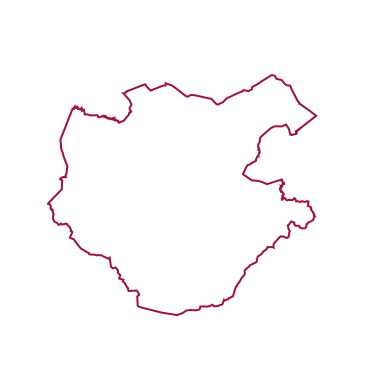 Jaunpiebalgas pag., Jaunpiebalgas, Latvia (Albers equal-area conic projection), rotated 163°
{"feature_id": "27541924B32667886531157", "entity_name": "Jaunpiebalgas pag.", "entity_type": "district", "adm_level": 2, "iso_a3": "LVA", "parent_name": "Latvia", "parent_adm1": "Jaunpiebalgas", "projection": "albers", "projection_center": [26.006, 57.148], "detail": "fine", "context": "isolated", "style": "outline", "palette": "rose", "viewbox_px": 384, "rotation_deg": 163, "n_neighbors": 0, "source": "geoboundaries", "source_scale": "gbopen_adm2", "svg_char_len": 5998}
<svg xmlns="http://www.w3.org/2000/svg" viewBox="0 0 384 384"><g transform="rotate(163 192 192)"><path d="M192.9,78.7L191.9,78.6L190.0,79.0L188.7,78.8L187.8,79.7L186.5,79.6L184.8,80.3L183.4,80.2L177.6,88.7L177.0,88.7L174.0,91.7L173.5,91.6L169.5,95.4L167.1,96.9L166.0,97.3L165.1,99.3L164.8,101.2L163.8,102.1L159.3,104.0L158.0,105.0L150.8,106.1L148.1,111.0L143.3,112.5L141.0,114.4L140.0,114.5L136.8,115.9L135.9,117.3L131.2,115.7L130.2,115.0L130.2,115.9L129.0,118.6L120.3,123.7L119.1,122.9L117.8,122.9L114.8,120.3L113.0,120.7L111.6,122.9L110.7,125.2L110.0,125.5L110.0,126.9L110.6,128.8L110.2,129.8L110.2,131.8L109.6,132.3L109.0,132.3L106.5,134.3L105.3,134.7L104.9,134.1L103.2,133.0L103.1,132.5L103.6,131.9L103.6,131.5L103.0,129.6L101.4,128.9L99.8,128.6L99.2,127.9L99.4,126.5L96.7,124.7L94.6,124.3L93.1,125.0L91.9,127.7L91.1,127.8L90.1,128.7L84.6,129.6L82.3,132.4L81.6,132.8L82.4,133.6L82.3,134.1L81.7,134.9L82.1,135.9L82.1,136.6L82.3,136.8L82.1,137.7L83.0,139.1L83.1,140.3L83.4,140.9L83.2,141.3L82.6,141.6L82.6,141.9L82.8,142.1L83.0,143.1L85.3,144.8L85.1,145.4L84.3,146.2L84.2,147.5L83.4,148.5L83.4,148.9L85.0,149.7L86.7,149.4L89.7,151.1L91.3,150.7L93.5,152.3L95.1,152.5L95.4,154.4L95.1,154.7L95.1,155.4L95.8,156.1L96.5,156.0L97.0,155.3L98.7,154.9L101.1,156.0L102.3,156.2L102.9,156.0L103.6,156.3L104.5,157.4L104.7,158.7L105.3,159.4L105.8,159.3L108.2,158.2L108.3,158.4L108.1,159.3L106.2,161.5L106.5,161.9L106.3,162.0L106.1,162.7L105.3,162.6L104.8,163.6L105.5,164.7L105.5,165.1L105.9,165.5L106.1,166.2L106.8,166.1L107.0,167.0L106.3,167.0L106.5,167.3L106.7,168.6L107.0,169.0L106.8,169.7L106.6,169.6L106.5,169.9L106.1,170.0L105.8,170.6L105.3,170.1L104.8,170.8L105.0,171.6L104.3,171.1L104.0,171.2L103.8,171.6L103.8,172.6L103.1,173.1L102.6,172.9L102.6,173.3L102.3,173.4L101.6,173.0L101.5,174.0L102.1,174.3L102.2,175.0L102.5,175.2L102.3,175.7L102.6,176.3L102.4,176.4L102.3,177.0L102.9,177.1L102.8,177.7L118.0,177.6L122.1,181.1L125.5,183.3L131.4,185.7L138.1,194.1L133.8,198.9L131.1,201.4L128.5,201.5L126.7,202.2L121.6,203.2L121.1,204.7L118.7,207.2L118.2,206.8L118.2,207.3L117.6,207.7L116.4,209.6L116.2,209.5L115.4,210.4L115.5,212.3L116.3,213.0L115.8,213.7L115.1,214.1L115.1,214.7L115.7,216.1L114.6,217.9L114.7,218.2L113.2,219.4L110.5,224.4L98.6,229.8L97.3,230.2L93.6,230.6L87.1,228.5L82.4,229.1L81.2,225.4L80.9,223.7L81.2,218.3L80.6,218.3L80.5,217.7L80.1,217.4L78.8,217.2L77.8,217.5L77.2,217.2L75.4,217.0L75.0,217.2L75.0,217.6L74.7,217.9L75.0,218.1L75.0,218.4L74.8,218.5L74.8,218.9L74.6,218.7L74.1,219.6L73.9,219.5L73.4,220.1L72.8,220.1L72.9,220.4L72.7,220.6L72.1,220.6L72.2,220.3L72.0,220.2L71.2,220.7L70.7,220.7L70.3,221.3L69.9,221.2L51.0,228.6L53.4,232.1L60.2,241.1L62.9,244.5L63.5,244.8L63.4,245.5L63.5,246.9L64.2,247.5L66.5,260.0L67.1,265.1L70.4,266.4L72.0,269.1L73.6,272.9L78.1,275.5L78.1,276.4L78.5,276.7L78.6,278.6L79.7,279.6L81.7,280.5L92.4,277.7L95.1,276.7L99.8,275.5L103.8,274.8L104.5,272.9L105.3,272.6L108.7,272.0L112.8,274.4L113.9,273.7L116.0,273.4L118.4,273.3L129.2,271.7L130.8,271.8L136.2,268.8L141.6,268.1L142.7,268.6L144.5,271.8L146.1,275.3L162.0,284.2L165.1,285.1L166.4,284.9L167.8,284.3L169.8,285.4L178.6,298.0L180.2,299.8L183.6,302.4L184.7,302.9L185.4,303.7L186.1,301.5L188.4,302.2L202.0,301.1L204.7,306.5L205.3,308.7L206.2,308.7L225.4,307.3L225.4,306.9L225.7,306.6L226.7,306.7L227.8,305.9L228.7,306.3L224.8,297.8L224.3,293.3L227.2,290.4L227.5,288.8L226.5,287.0L227.7,285.9L228.6,286.3L230.1,284.3L236.2,280.2L241.6,279.6L242.0,280.0L241.8,280.7L241.8,281.7L243.4,282.3L243.5,282.9L244.0,283.9L244.5,283.8L244.3,283.2L244.8,283.0L245.0,283.1L245.0,283.6L245.7,283.9L245.9,284.1L245.8,285.4L245.3,285.7L247.0,285.8L246.9,285.1L247.3,284.9L248.4,285.9L249.2,285.8L249.3,286.0L249.1,286.4L249.2,286.7L249.9,286.3L250.7,286.8L250.9,287.7L251.6,287.4L251.8,287.6L251.7,287.9L252.1,288.7L252.6,288.7L252.5,289.4L253.3,289.4L252.7,290.0L252.8,290.3L253.4,290.3L253.5,289.9L254.2,290.0L254.4,290.3L254.3,290.7L255.3,291.0L257.5,290.2L259.8,291.1L260.1,293.2L266.3,294.7L269.7,297.0L271.9,297.5L271.3,302.1L272.8,301.9L272.4,302.4L272.5,302.7L273.5,302.9L273.2,303.5L273.5,303.6L273.5,304.0L273.3,304.6L274.0,304.2L273.8,304.0L273.8,303.8L275.4,303.9L276.0,304.7L276.8,304.8L276.9,305.8L276.4,306.1L276.6,306.7L277.1,307.3L277.6,307.3L277.8,307.2L278.0,306.6L278.3,306.4L278.6,307.0L279.1,307.2L279.1,307.9L279.4,307.6L280.2,307.2L280.2,306.4L280.7,305.9L281.9,306.5L302.6,280.4L304.5,270.9L304.2,267.4L304.4,264.7L303.7,252.7L305.1,250.1L305.2,249.5L307.1,245.6L308.1,244.9L308.2,243.0L308.5,242.9L310.0,243.8L310.8,244.0L313.3,243.7L314.2,243.3L314.1,242.3L313.6,242.0L312.8,240.8L315.8,232.6L333.0,223.1L333.0,222.6L332.8,222.5L331.7,222.1L331.8,221.8L331.5,221.6L331.2,220.7L331.2,219.7L331.4,219.7L331.5,219.1L331.8,218.6L331.9,218.0L332.1,217.5L332.0,217.1L331.8,217.0L331.8,216.5L331.3,216.3L331.2,215.8L330.7,215.9L330.7,215.5L330.4,215.2L330.6,214.5L331.1,214.0L331.1,213.2L330.8,212.6L330.8,211.1L331.8,210.0L332.7,207.5L332.7,206.5L332.4,205.5L332.5,204.6L331.5,203.1L330.4,202.3L329.8,201.2L329.5,199.9L328.5,199.4L327.8,199.6L327.3,200.1L326.2,200.0L325.9,199.0L323.7,198.6L321.7,198.6L320.8,197.7L320.7,197.0L320.8,196.5L320.0,195.8L319.6,194.8L319.1,194.1L319.3,193.5L318.9,192.3L318.8,191.3L319.4,190.0L318.3,189.3L318.1,188.6L322.1,184.1L320.4,182.4L318.9,181.5L316.7,174.9L314.8,170.5L309.6,164.7L308.6,164.1L308.6,162.7L307.3,161.8L303.5,160.6L301.9,159.3L300.4,159.2L296.7,157.7L296.2,156.9L291.4,152.6L289.9,153.2L291.3,144.2L289.9,142.1L287.1,142.2L285.7,138.6L286.5,136.5L284.9,133.4L287.0,130.6L283.2,128.1L284.3,126.7L282.9,124.8L282.7,122.9L282.1,121.0L282.0,119.6L281.4,119.0L281.6,115.9L273.7,113.9L273.1,112.4L272.7,110.7L272.6,109.1L274.9,108.2L277.2,99.1L276.0,97.5L256.4,85.6L241.9,78.5L241.4,78.7L236.0,79.0L232.3,80.3L227.7,79.5L222.9,77.7L220.7,77.4L219.0,77.7L218.3,78.5L217.6,80.0L215.1,79.6L214.3,79.0L210.4,77.9L208.6,77.7L205.4,78.2L204.4,76.2L200.5,75.3L198.7,75.7L195.9,75.6L193.0,79.4L192.9,78.7Z" fill="none" stroke="#9f1239" stroke-width="2"/></g></svg>